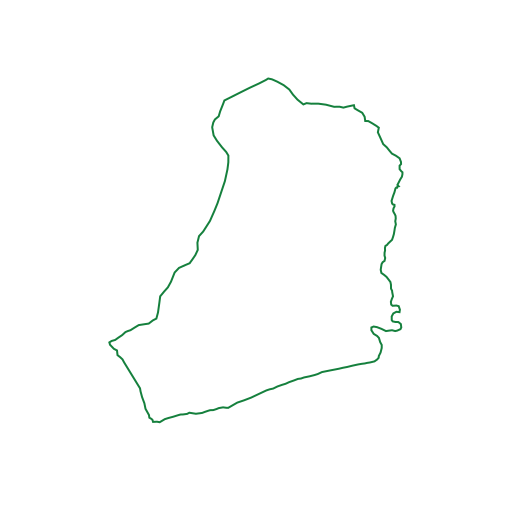 outline of Grand Cess Wedabo, Grand Kru, Liberia, rotated 330°
{"feature_id": "62588387B28167569470031", "entity_name": "Grand Cess Wedabo", "entity_type": "district", "adm_level": 2, "iso_a3": "LBR", "parent_name": "Liberia", "parent_adm1": "Grand Kru", "projection": "equal_earth", "projection_center": [-8.082, 4.634], "detail": "fine", "context": "isolated", "style": "outline", "palette": "green", "viewbox_px": 512, "rotation_deg": 330, "n_neighbors": 0, "source": "geoboundaries", "source_scale": "gbopen_adm2", "svg_char_len": 3402}
<svg xmlns="http://www.w3.org/2000/svg" viewBox="0 0 512 512"><g transform="rotate(330 256 256)"><path d="M82.8,342.7L84.0,344.8L84.4,346.2L83.9,348.2L87.4,350.0L89.5,351.8L95.5,351.7L99.1,352.5L103.9,353.8L108.4,354.8L111.3,355.5L113.5,356.7L117.4,358.3L119.9,358.4L125.1,362.6L127.8,363.7L128.2,363.9L131.0,365.0L133.6,365.4L137.1,366.1L139.2,366.6L142.0,368.1L145.3,368.8L147.7,369.1L151.8,370.6L154.4,372.6L156.0,373.6L160.7,373.6L166.5,373.6L173.4,375.0L181.0,376.2L185.9,376.6L192.0,377.1L197.8,377.6L201.2,378.3L204.6,379.4L209.3,379.7L214.1,380.6L217.5,381.4L218.2,381.5L221.6,381.8L226.9,382.8L230.8,383.4L233.7,384.6L236.9,385.2L242.3,387.0L247.3,388.4L250.5,389.1L255.1,389.5L262.8,392.1L267.4,393.7L271.5,395.1L275.5,396.3L279.5,397.7L284.7,399.2L290.3,401.0L293.8,402.3L296.6,403.5L298.7,404.1L301.5,405.2L305.9,406.5L309.1,406.2L310.6,405.7L311.3,405.5L312.4,404.0L315.6,401.9L318.9,398.5L320.4,395.9L320.5,392.6L321.5,388.4L320.9,385.8L319.0,382.3L318.8,378.0L320.2,375.6L322.6,375.9L325.2,378.1L328.2,381.8L331.0,386.0L333.8,387.1L336.7,388.3L339.0,390.6L340.9,391.2L344.5,391.6L346.1,390.5L347.4,387.4L346.3,384.4L343.8,382.9L341.7,381.0L341.5,379.4L343.3,376.2L346.2,374.4L349.7,374.5L352.2,376.4L353.8,374.4L354.5,370.8L352.8,369.1L349.4,367.4L348.8,365.7L349.9,363.1L352.2,361.1L354.5,359.4L355.9,355.4L356.5,354.1L356.6,351.8L358.5,348.4L359.4,345.7L359.0,342.4L358.6,339.4L357.5,336.4L356.1,333.4L357.1,330.3L358.6,328.4L360.7,325.8L362.6,324.7L364.9,324.5L366.9,322.3L367.5,319.9L369.0,317.4L370.5,315.8L371.7,313.5L373.1,312.0L375.2,311.9L376.5,311.3L378.1,310.9L381.9,310.0L384.0,308.2L386.3,306.0L388.8,303.0L390.3,301.1L392.9,298.6L394.0,295.5L395.7,293.5L396.9,291.1L397.1,289.5L397.1,286.9L397.3,285.4L398.9,283.5L400.8,282.3L401.5,280.9L400.5,280.0L400.1,278.7L400.9,276.1L402.2,274.9L404.9,272.4L407.7,270.1L410.6,267.2L411.7,266.9L412.4,267.4L413.3,266.5L414.4,266.9L414.1,265.1L419.2,261.8L422.0,260.3L423.7,258.4L424.7,256.7L424.2,255.2L423.8,252.6L425.5,249.6L427.6,248.9L428.6,247.0L429.2,243.2L427.3,239.1L424.9,235.3L424.2,231.3L423.6,227.3L422.1,222.7L422.7,217.0L423.4,209.8L426.5,206.3L425.3,203.5L422.6,198.5L420.7,195.3L418.1,193.7L419.7,189.7L419.6,185.1L416.8,180.3L415.2,177.4L416.2,174.4L414.5,173.8L409.6,172.2L405.9,171.2L403.0,168.5L398.2,165.8L392.2,159.9L386.1,155.2L381.2,152.4L380.1,151.8L376.2,148.9L372.8,148.4L370.1,141.3L368.7,134.7L368.1,128.5L365.4,121.9L361.6,115.7L359.3,112.5L358.1,110.9L355.3,108.4L352.5,108.5L344.9,108.1L336.1,107.3L333.6,107.1L325.4,106.6L306.4,105.5L303.5,107.9L297.3,112.8L293.5,116.4L288.7,117.2L285.8,119.0L282.5,122.5L282.2,123.2L279.6,130.4L279.8,136.6L280.9,144.8L282.2,151.0L282.3,155.2L278.9,161.0L277.1,163.4L274.5,166.8L266.5,175.6L249.0,191.1L242.3,196.3L238.6,199.0L233.7,202.6L222.5,208.4L216.6,210.3L211.9,215.2L209.3,220.3L208.6,221.6L203.9,224.9L198.9,227.3L195.5,228.8L195.0,229.1L190.2,228.5L183.4,227.8L177.3,229.6L169.6,235.7L164.0,239.1L158.8,240.8L152.9,243.0L148.9,248.2L142.9,255.9L138.4,260.4L137.0,260.3L134.5,260.2L129.3,260.9L125.8,259.5L119.9,257.2L115.1,257.3L110.2,257.5L107.4,256.9L104.9,256.6L100.5,257.6L95.9,257.9L92.1,258.3L88.5,257.4L85.8,257.5L85.2,259.9L86.5,265.3L88.4,268.3L86.5,272.6L87.8,275.8L88.7,278.8L88.6,281.3L88.6,282.9L89.4,312.6L88.3,315.6L86.8,321.2L86.1,325.3L85.7,327.7L83.9,333.1L83.8,340.2L82.8,342.7Z" fill="none" stroke="#15803d" stroke-width="2"/></g></svg>